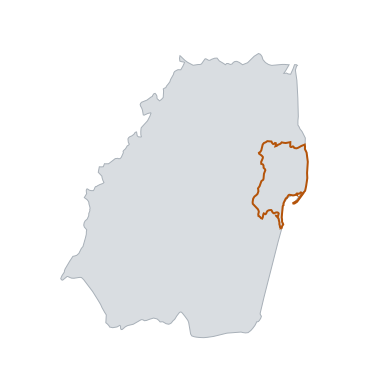 where Pomeranian sits in Poland, rotated 102°
{"feature_id": "POL-3140", "entity_name": "Pomeranian", "entity_type": "Voivodeship", "adm_level": 1, "iso_a3": "POL", "parent_name": "Poland", "parent_adm1": "", "projection": "robinson", "projection_center": [18.491, 54.136], "detail": "fine", "context": "in_parent", "style": "outline", "palette": "amber", "viewbox_px": 384, "rotation_deg": 102, "n_neighbors": 0, "source": "natural_earth", "source_scale": "10m", "svg_char_len": 6197}
<svg xmlns="http://www.w3.org/2000/svg" viewBox="0 0 384 384"><g transform="rotate(102 192 192)"><path d="M325.4,207.2L327.1,209.8L327.8,211.8L327.2,213.5L327.4,215.1L333.6,222.0L336.0,227.1L337.5,229.0L340.9,231.6L341.3,232.7L340.0,233.6L338.0,234.0L337.5,234.9L339.6,237.3L341.2,241.3L341.2,244.5L340.1,245.4L338.7,247.3L337.8,249.1L330.0,250.3L328.1,252.2L323.9,255.9L321.0,258.0L316.8,261.9L310.0,268.5L300.2,279.8L298.6,282.4L299.0,284.5L300.9,289.5L301.3,291.8L301.0,293.9L300.5,295.8L300.6,296.6L305.0,300.1L305.2,300.8L304.8,301.7L303.9,302.4L300.6,301.7L296.8,300.2L295.6,300.4L293.6,300.1L285.3,297.3L279.7,295.1L279.1,293.7L278.0,291.7L275.6,289.9L270.2,288.5L268.0,287.3L259.1,286.7L255.3,286.6L252.6,287.1L250.9,287.1L248.6,290.1L246.9,291.0L244.5,291.1L242.4,290.5L240.3,288.9L236.8,288.1L234.3,288.5L232.5,288.1L230.9,288.1L230.4,288.4L229.1,288.3L227.3,289.1L225.3,290.2L223.1,291.0L221.4,292.8L219.9,296.2L215.5,294.7L214.1,295.3L212.1,295.8L210.7,295.3L211.0,294.1L211.6,292.8L211.6,290.9L211.2,288.8L209.8,288.2L207.8,287.9L206.8,287.5L206.7,286.8L205.7,285.9L203.9,283.7L202.2,281.0L201.0,280.1L199.3,281.5L196.8,282.9L195.2,283.5L192.2,287.8L186.6,287.9L186.3,285.9L185.7,284.0L182.5,283.5L182.4,282.4L181.7,279.5L175.3,274.0L174.5,271.6L174.7,270.7L174.3,269.3L172.9,268.4L167.8,267.3L166.5,267.9L165.3,267.3L163.5,266.0L160.2,264.9L159.9,264.3L158.7,263.4L158.1,263.3L157.7,263.8L156.7,264.6L153.4,265.7L152.1,265.3L150.9,264.4L149.6,262.5L147.6,260.8L145.9,260.2L145.0,259.3L144.8,258.7L148.4,257.3L149.2,255.9L148.8,253.3L148.3,253.0L146.8,253.9L143.8,254.6L141.0,255.0L139.6,255.0L131.6,250.3L126.5,248.9L123.4,248.5L123.1,248.9L124.4,251.6L126.8,254.8L126.7,255.7L122.2,257.5L120.3,258.7L118.6,260.2L117.2,260.9L116.0,260.7L114.7,260.0L111.5,255.2L107.4,251.6L106.9,250.7L105.6,250.5L103.8,249.7L103.2,248.6L104.1,247.4L105.4,246.3L107.6,245.7L108.3,245.1L108.7,244.1L109.6,242.9L109.4,242.5L107.8,241.1L105.5,239.8L99.0,240.8L97.2,241.5L96.2,240.6L95.4,239.3L93.8,239.0L91.5,237.8L88.9,236.6L86.3,236.3L80.9,234.6L78.8,234.5L77.6,233.9L76.4,232.6L75.3,231.2L74.8,228.4L70.9,227.1L66.9,226.2L66.6,226.7L66.7,229.5L66.5,231.1L63.8,232.0L61.2,232.1L61.4,231.6L64.6,226.5L66.1,223.2L67.8,217.2L66.0,212.5L65.5,210.3L64.6,209.3L59.2,207.0L58.8,206.2L59.7,203.1L59.4,201.8L58.1,200.4L56.4,197.6L55.8,195.3L58.1,192.6L59.7,187.8L60.6,185.9L59.1,184.8L58.8,183.3L59.3,181.1L58.5,179.5L56.6,178.5L55.4,177.1L54.9,175.4L55.4,172.7L57.0,169.0L54.0,164.5L46.3,159.4L42.7,155.7L43.1,153.7L44.8,151.8L47.8,150.1L50.1,147.1L51.4,143.6L51.6,140.4L48.4,130.1L47.9,127.5L47.4,123.5L54.1,125.7L56.9,126.9L56.6,125.6L56.0,124.4L56.5,122.6L56.3,120.0L50.3,118.7L46.2,118.2L45.8,116.4L46.2,115.2L47.3,115.9L51.3,116.2L61.1,112.6L78.1,108.0L96.1,103.7L100.3,103.2L104.5,102.3L106.1,100.7L107.7,99.6L110.1,96.8L115.6,92.4L125.1,90.7L128.7,88.7L136.2,85.7L153.2,82.4L160.3,81.7L167.2,81.6L173.4,84.2L180.0,87.4L181.1,89.4L177.6,88.1L172.4,85.3L170.5,85.1L174.9,93.9L177.4,97.0L182.2,99.3L186.3,100.1L199.0,98.7L203.4,96.9L204.7,95.9L205.9,96.4L222.4,97.4L279.9,99.7L296.5,100.1L297.5,99.8L299.1,98.3L301.2,98.5L303.6,99.4L304.8,100.1L305.3,100.9L305.6,101.8L306.9,102.0L309.4,102.7L312.7,104.2L315.3,105.7L317.9,107.9L318.7,110.3L318.9,113.1L318.8,114.9L322.8,128.5L328.8,140.9L331.0,146.9L332.0,150.1L332.8,154.7L333.1,158.0L333.1,159.8L332.8,162.3L331.2,163.8L320.4,168.1L318.4,169.4L315.3,172.8L312.5,176.2L311.8,177.3L311.7,178.1L312.4,179.2L316.3,181.1L320.3,182.5L321.6,183.6L324.5,185.1L325.6,186.3L326.2,187.4L326.2,190.0L325.0,193.5L325.7,196.2L324.4,197.9L323.4,199.9L323.3,203.4L325.4,207.2Z" fill="#d9dde1" stroke="#a8b0b8" stroke-width="1"/><path d="M204.9,96.0L205.5,96.4L207.0,96.8L209.2,96.9L208.8,96.9L208.9,97.1L208.9,97.5L209.0,97.7L208.5,97.7L208.3,98.1L208.2,98.5L207.9,98.7L207.5,98.8L207.1,98.9L205.2,99.9L204.0,100.1L203.6,100.2L201.3,101.3L200.9,101.4L200.5,101.5L199.8,102.1L199.1,103.0L198.9,103.1L198.7,103.4L198.2,104.4L197.8,104.7L197.8,104.1L197.9,103.7L198.1,103.3L198.4,103.1L198.4,102.8L197.7,102.9L195.1,102.7L194.4,103.3L194.2,104.6L194.8,106.0L195.4,106.8L195.8,107.8L195.4,108.5L195.0,109.1L193.7,110.1L193.2,110.6L193.3,111.3L193.8,112.9L194.8,114.2L196.3,114.8L197.8,115.0L198.5,115.8L198.0,117.3L199.0,117.6L201.9,117.5L203.4,117.8L203.3,118.4L203.3,119.0L202.9,119.5L202.4,119.9L202.0,121.0L201.6,121.4L201.6,122.0L199.9,122.6L197.5,122.5L196.3,123.1L195.2,123.9L190.9,130.1L189.3,130.6L186.0,130.8L184.3,130.3L183.4,129.9L181.5,128.3L181.0,128.1L180.6,127.7L180.0,127.5L177.6,127.2L175.9,127.7L174.8,128.2L172.3,127.1L167.0,126.4L166.1,125.7L165.2,124.9L164.1,124.8L159.2,125.4L155.4,124.8L154.6,125.3L153.4,127.0L151.4,127.5L150.4,128.2L150.3,128.7L150.1,129.3L150.1,130.1L148.3,130.6L144.2,129.8L143.1,129.9L142.3,130.8L141.6,132.0L140.6,134.3L139.8,134.7L138.5,133.5L136.9,132.9L130.9,132.7L129.2,131.9L128.0,130.2L126.6,128.9L126.1,124.8L127.4,123.8L128.2,122.6L127.9,121.8L127.4,121.2L126.8,121.0L126.8,120.2L128.3,119.7L129.9,119.9L129.4,119.0L128.7,118.2L127.9,117.7L126.8,116.0L126.1,115.3L124.8,114.6L124.8,112.6L124.6,110.5L122.8,106.2L126.9,105.4L127.4,104.9L127.3,103.9L126.7,103.3L126.4,102.8L126.6,102.1L127.4,101.5L127.7,100.5L127.5,98.7L126.6,97.3L124.3,94.7L122.2,91.6L124.4,90.8L125.6,90.7L126.7,90.4L129.6,88.1L138.4,85.0L149.5,83.4L154.4,82.1L162.2,81.6L167.0,81.6L167.7,81.8L168.8,82.5L169.1,82.6L169.8,82.7L179.7,87.2L181.6,89.0L181.9,89.4L182.2,90.0L182.2,90.5L181.7,90.7L181.4,90.3L181.2,90.0L180.7,89.7L180.3,89.0L179.8,88.6L178.5,86.8L178.2,86.7L177.2,86.5L176.9,86.4L176.6,86.1L175.8,85.9L174.0,85.0L172.3,84.4L172.1,84.1L171.1,83.5L170.9,83.4L170.5,83.5L170.3,83.7L169.9,84.8L169.8,85.1L169.8,85.6L170.0,85.8L170.7,86.0L170.9,86.1L171.2,86.6L171.6,87.3L171.6,87.6L171.5,87.8L171.5,88.1L171.9,88.4L171.7,89.1L172.0,89.4L172.6,89.3L173.1,88.9L172.9,89.5L173.1,90.0L173.5,90.4L174.2,92.1L174.4,92.5L174.3,93.4L174.4,94.9L174.5,96.3L175.0,96.9L175.4,97.0L176.3,97.5L176.8,97.7L177.2,97.7L177.7,97.8L178.1,98.0L178.3,98.3L178.7,98.9L183.7,100.1L184.8,100.1L185.7,99.7L186.0,99.9L186.3,100.1L187.1,100.3L198.1,99.0L200.5,98.1L201.7,97.9L202.6,97.6L204.4,96.2L204.9,96.0Z" fill="none" stroke="#b45309" stroke-width="2"/></g></svg>